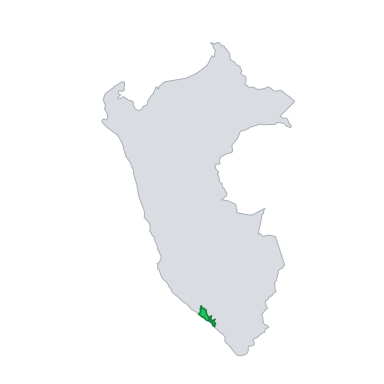 Camana, Arequipa, Peru shown in context, rotated 11°
{"feature_id": "86281439B8928059178056", "entity_name": "Camana", "entity_type": "district", "adm_level": 2, "iso_a3": "PER", "parent_name": "Peru", "parent_adm1": "Arequipa", "projection": "orthographic", "projection_center": [-72.661, -16.401], "detail": "fine", "context": "in_parent", "style": "filled", "palette": "green", "viewbox_px": 384, "rotation_deg": 11, "n_neighbors": 0, "source": "geoboundaries", "source_scale": "gbopen_adm2", "svg_char_len": 7292}
<svg xmlns="http://www.w3.org/2000/svg" viewBox="0 0 384 384"><g transform="rotate(11 192 192)"><path d="M276.9,108.5L276.7,109.6L275.4,110.1L274.1,109.3L272.3,109.5L269.5,107.0L262.9,107.3L260.0,110.2L255.6,110.8L250.8,112.1L245.4,112.6L236.9,117.3L235.0,119.1L231.1,121.9L228.0,122.8L226.4,131.2L223.4,136.2L222.2,138.9L223.8,143.0L223.8,145.0L222.1,146.6L220.7,146.8L217.8,148.5L213.5,152.3L212.7,155.2L214.1,159.0L213.6,159.4L210.1,160.1L210.2,162.3L209.4,163.1L212.4,166.1L214.1,166.8L214.2,167.6L213.9,168.4L213.3,168.7L213.2,169.4L215.4,171.6L217.0,176.2L220.1,178.4L220.2,179.8L221.1,181.3L222.8,182.3L226.6,186.9L226.6,189.0L222.7,193.9L229.2,193.8L236.4,195.5L237.4,196.3L238.3,198.5L238.4,199.9L239.8,201.1L239.7,203.7L249.2,203.8L255.3,203.2L265.3,195.1L266.8,194.5L266.0,196.2L265.9,197.5L266.4,198.9L265.2,200.9L265.0,220.7L266.8,219.7L269.1,221.6L270.8,221.7L276.2,219.5L282.5,219.9L296.9,246.1L295.6,247.9L295.6,249.2L293.8,250.3L292.0,252.4L291.7,262.7L290.2,265.8L291.0,267.5L291.8,270.8L293.1,272.8L293.4,274.0L293.2,274.5L291.2,275.6L291.0,277.5L287.4,281.1L286.7,283.6L285.3,284.4L285.0,287.2L288.2,291.8L286.1,294.5L284.1,298.6L287.2,307.1L288.6,308.4L290.0,308.3L292.1,309.1L293.2,310.4L290.6,312.0L290.1,312.7L290.3,315.5L287.3,317.5L283.4,322.9L282.4,323.1L280.4,324.7L280.1,325.5L280.4,326.3L282.0,327.9L282.2,329.8L279.3,332.2L277.4,332.4L276.7,333.1L277.4,336.4L277.4,337.9L276.8,339.6L275.3,341.5L271.2,343.4L267.5,343.7L261.2,338.8L259.2,336.7L252.9,332.5L252.0,328.1L249.8,326.0L246.0,324.3L242.9,322.1L240.6,321.0L234.9,316.1L229.6,314.5L219.8,309.3L214.6,307.6L207.8,302.8L204.1,301.5L201.1,299.3L192.2,294.5L190.8,293.0L189.4,290.6L187.4,289.3L185.2,286.0L181.8,284.2L178.6,281.7L174.6,274.9L172.7,273.4L172.5,270.3L171.2,268.9L173.1,267.8L174.3,263.0L173.6,260.6L169.0,254.2L168.1,251.5L164.7,246.6L163.4,243.6L160.7,241.5L159.6,239.7L158.1,238.9L158.0,236.6L156.9,232.3L155.4,230.1L150.0,226.2L149.4,221.8L148.2,218.7L140.6,206.4L136.1,194.5L132.4,188.0L130.8,184.2L130.7,182.2L127.9,178.7L126.4,175.5L120.3,169.5L116.7,162.7L116.2,160.7L113.7,157.0L109.8,152.2L107.9,150.3L96.2,144.6L90.7,141.1L90.0,139.3L90.3,138.2L91.5,137.1L93.1,137.8L94.1,137.4L94.9,136.1L94.9,134.0L93.8,131.4L90.0,126.5L91.0,124.2L87.1,118.4L88.0,112.7L88.8,111.2L94.4,105.2L95.9,102.7L98.3,101.0L100.7,98.6L103.7,96.7L104.6,97.3L105.5,100.4L105.3,102.4L106.2,104.7L104.1,106.8L101.9,106.5L101.0,107.0L100.7,108.0L101.1,109.6L101.7,110.2L103.4,110.2L101.1,113.3L101.3,113.9L102.9,114.4L104.4,113.6L106.0,111.8L106.9,111.5L112.6,114.3L115.3,113.8L117.3,115.1L117.6,117.3L120.4,121.4L124.7,122.3L125.4,121.9L126.3,120.3L127.3,120.1L127.4,117.7L131.1,115.1L131.6,113.3L131.1,112.1L131.2,111.2L133.3,105.6L134.0,105.0L134.6,103.2L135.4,102.1L136.6,95.8L137.7,95.8L138.6,97.3L139.8,96.8L139.2,95.5L139.3,95.0L143.4,89.9L144.7,88.8L164.4,81.5L174.3,74.3L182.9,64.4L185.7,54.5L186.7,55.2L188.3,55.0L187.7,51.0L188.1,49.1L188.1,48.6L185.4,46.2L184.3,43.6L181.9,42.2L182.0,41.7L184.5,42.2L186.8,41.9L188.7,40.3L190.2,40.4L193.4,42.6L195.8,42.7L196.6,44.3L198.9,45.4L202.3,48.8L203.8,52.5L203.7,53.2L205.1,55.1L208.4,56.0L211.6,58.7L214.9,59.5L216.4,62.0L217.3,62.8L217.8,64.2L217.2,65.8L217.7,66.7L220.2,68.2L222.3,68.2L222.8,68.9L223.9,73.0L223.2,75.1L223.5,76.2L226.2,77.2L227.1,78.1L229.2,78.3L232.3,77.4L236.2,78.7L239.2,78.2L240.5,77.9L241.9,77.0L243.1,77.0L246.1,74.4L247.0,74.2L250.2,75.4L252.9,77.2L256.3,76.9L257.7,75.8L260.1,75.2L264.5,77.4L265.5,78.5L266.7,78.7L271.4,80.9L272.3,81.8L274.8,82.7L275.3,83.4L275.1,84.2L264.0,100.9L267.4,102.3L270.6,101.5L272.3,102.7L273.5,105.4L276.0,107.3L276.9,108.5Z" fill="#d9dde1" stroke="#a8b0b8" stroke-width="1"/><path d="M239.2,311.9L239.2,312.3L239.1,312.5L238.9,312.6L238.9,312.8L238.7,312.9L238.7,313.0L238.3,313.1L237.7,314.0L237.3,314.0L237.3,314.3L237.2,314.4L237.1,314.2L236.9,314.2L236.7,314.1L236.4,314.4L236.1,314.4L235.9,314.4L235.6,314.4L235.4,314.4L235.3,314.2L235.1,314.2L235.1,313.8L235.1,313.5L234.9,313.6L234.7,313.7L234.4,313.6L234.4,313.8L234.1,313.7L234.0,313.8L233.9,313.8L233.9,313.6L233.5,313.6L233.4,313.7L233.3,313.8L233.2,313.6L232.9,313.3L232.7,313.2L233.2,312.8L233.6,312.8L233.6,312.7L233.8,312.5L234.1,312.4L234.3,312.2L234.6,311.7L234.8,310.7L234.8,310.4L234.7,310.4L234.6,310.2L234.5,310.4L234.3,310.5L234.2,310.8L234.0,311.1L233.8,311.1L233.6,310.8L233.4,310.8L233.2,311.1L233.0,311.3L232.9,311.4L232.8,311.5L232.7,311.9L232.3,311.8L232.2,311.7L231.8,311.4L231.7,311.3L231.4,310.9L231.2,310.7L230.9,310.3L230.7,310.1L230.4,309.9L230.3,309.7L230.1,309.6L229.8,309.5L229.7,309.4L229.4,308.8L229.4,308.7L229.4,308.4L229.3,307.9L229.2,307.6L229.0,307.2L228.8,307.1L228.8,306.9L228.8,306.7L228.8,306.4L228.8,306.2L228.7,306.1L228.6,305.8L228.4,305.6L228.3,305.1L228.2,305.0L228.0,304.9L227.8,304.8L227.7,304.7L227.4,304.7L227.2,304.8L226.4,304.5L226.0,304.5L225.8,304.4L225.6,304.5L225.4,304.5L225.4,304.4L225.3,304.5L225.2,304.5L225.0,304.3L224.9,304.3L224.8,304.2L224.7,304.1L224.4,304.2L224.3,304.4L224.0,304.3L223.6,304.5L223.5,304.4L223.4,304.3L223.4,304.2L223.6,304.0L223.8,304.0L223.8,303.9L223.8,303.7L223.7,303.5L223.7,303.3L223.6,303.1L223.5,302.8L223.5,302.7L223.2,302.6L223.2,302.4L223.1,302.2L222.9,302.2L222.7,302.1L222.5,302.4L222.5,302.6L222.6,302.8L222.6,303.0L222.6,303.4L222.7,303.5L222.6,303.9L222.7,304.0L222.4,304.2L222.5,304.4L222.5,304.7L222.5,304.8L222.5,305.0L222.7,305.3L222.7,305.5L222.7,305.8L222.7,306.1L222.9,306.6L223.0,306.8L222.9,307.0L223.0,307.1L223.0,307.3L223.1,307.7L223.0,308.0L223.1,308.9L223.0,309.0L222.8,309.0L222.7,309.2L222.7,309.3L222.6,309.5L222.5,309.8L222.4,310.1L222.2,310.3L221.9,310.4L221.7,310.6L221.8,310.7L221.7,310.9L221.6,311.0L221.7,310.9L221.9,310.9L222.0,310.9L222.1,311.1L222.3,311.1L222.5,311.1L222.8,310.9L223.1,311.0L223.3,311.1L223.5,311.2L223.9,311.4L223.9,311.5L224.0,311.6L224.2,311.8L224.3,311.7L224.4,311.8L224.5,311.8L224.9,312.1L225.1,312.2L225.2,312.3L225.3,312.3L225.4,312.5L225.5,312.6L225.8,312.6L226.1,312.8L226.2,312.7L226.3,312.8L226.5,312.9L226.8,312.9L227.0,312.8L227.3,312.9L227.6,312.9L228.2,313.3L228.7,313.7L229.5,314.4L229.9,314.7L230.3,314.9L230.7,315.1L231.0,315.1L231.6,315.2L232.3,315.3L232.8,315.4L233.2,315.5L233.3,315.5L233.6,315.6L234.8,315.9L235.0,315.9L235.1,316.0L235.4,316.2L235.5,316.3L235.7,316.5L235.8,316.5L235.9,316.8L236.0,316.8L236.3,316.9L236.4,317.0L236.5,316.9L236.6,317.1L236.8,317.2L236.9,317.3L237.0,317.3L237.1,317.5L237.3,317.7L237.4,317.8L237.5,317.9L237.5,318.0L237.7,318.3L237.7,318.6L237.8,318.6L237.7,318.6L237.7,318.9L237.8,318.9L238.0,318.9L238.1,319.0L238.3,319.1L238.5,319.1L238.6,319.3L238.7,319.2L238.8,319.3L239.0,319.3L239.1,319.5L239.3,319.7L239.2,319.7L239.3,319.7L239.5,319.6L239.5,319.4L239.7,319.2L239.9,319.0L240.0,319.0L240.0,318.9L239.9,318.8L239.8,318.7L239.7,318.6L239.6,318.4L239.3,318.3L239.1,318.4L238.8,318.2L239.0,317.9L238.9,317.8L239.1,317.6L239.3,317.6L239.5,317.6L239.8,317.5L240.2,317.1L240.3,316.9L240.2,316.7L239.9,316.5L239.7,316.3L239.6,316.2L239.3,316.0L239.2,316.0L239.2,315.9L239.3,315.8L239.2,315.7L238.8,315.5L238.7,315.4L238.3,315.4L238.2,315.3L238.0,315.2L237.8,314.8L237.8,314.6L237.9,314.4L238.0,314.3L238.5,313.6L238.6,313.4L239.0,312.8L239.0,312.7L239.2,312.4L239.2,312.2L239.2,311.9Z" fill="#22c55e" stroke="#15803d" stroke-width="1.5"/></g></svg>